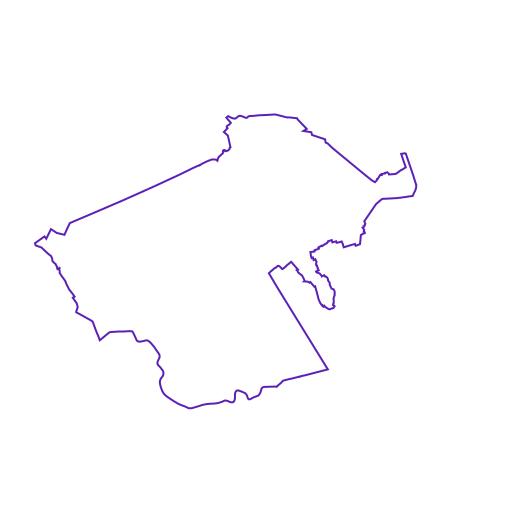 the district of Jamay, Jalisco, Mexico, rotated 57°
{"feature_id": "50627088B96170211471605", "entity_name": "Jamay", "entity_type": "district", "adm_level": 2, "iso_a3": "MEX", "parent_name": "Mexico", "parent_adm1": "Jalisco", "projection": "natural_earth1", "projection_center": [-102.668, 20.293], "detail": "fine", "context": "isolated", "style": "outline", "palette": "violet", "viewbox_px": 512, "rotation_deg": 57, "n_neighbors": 0, "source": "geoboundaries", "source_scale": "gbopen_adm2", "svg_char_len": 6091}
<svg xmlns="http://www.w3.org/2000/svg" viewBox="0 0 512 512"><g transform="rotate(57 256 256)"><path d="M284.0,83.1L283.6,82.9L275.8,80.8L273.9,80.2L251.7,74.6L250.7,75.5L250.6,75.8L250.6,76.0L249.4,78.6L259.5,81.2L263.2,82.1L263.2,86.6L262.9,87.1L263.3,93.2L263.2,93.5L263.3,94.1L260.1,100.0L259.1,99.8L257.3,100.3L256.6,102.7L257.0,103.0L255.6,106.0L256.6,106.5L255.7,107.9L256.7,109.9L257.1,110.9L257.5,111.4L257.4,112.4L257.8,112.4L258.4,114.0L258.9,116.0L255.8,117.6L246.1,120.8L206.7,133.2L200.6,134.6L198.8,135.8L195.8,134.5L185.0,143.1L182.3,142.2L177.0,148.1L177.0,144.2L164.2,146.7L163.3,146.6L162.9,146.5L160.6,149.3L159.3,150.8L157.4,153.3L156.6,154.6L148.0,162.5L147.0,164.1L142.8,171.5L139.7,176.7L137.0,182.0L135.2,185.1L134.8,186.2L135.1,188.2L134.9,188.9L134.3,189.5L133.2,190.2L131.5,191.4L129.7,193.0L129.4,193.5L129.2,194.5L129.3,196.0L129.5,197.6L129.4,198.7L129.3,198.8L128.3,200.1L127.7,200.6L126.4,201.5L123.5,203.2L123.8,205.5L130.6,204.6L130.8,205.6L131.1,206.3L131.3,207.0L131.1,208.5L131.3,209.8L132.1,210.4L133.3,210.2L134.5,215.4L139.7,214.0L150.9,218.2L150.8,218.6L150.9,219.1L151.7,219.8L152.3,221.5L152.0,223.2L151.4,224.8L150.9,224.8L150.3,224.5L149.9,224.8L149.5,225.6L149.9,226.5L150.2,226.7L151.7,227.7L151.9,228.2L151.9,229.2L152.5,231.8L152.6,233.3L153.8,235.1L155.1,236.5L154.6,236.7L153.8,236.7L152.4,238.3L151.0,240.5L150.3,243.7L149.7,247.0L149.5,249.4L149.2,251.0L149.3,253.9L149.0,253.9L147.9,261.0L146.2,275.2L142.3,302.5L136.8,337.7L134.8,349.3L127.0,394.2L129.9,399.0L133.9,405.1L128.2,410.5L121.8,413.3L127.3,422.5L126.5,422.5L124.4,422.8L124.9,434.4L127.2,435.0L132.0,431.3L139.9,429.4L142.1,428.7L144.6,427.9L146.9,428.3L149.6,429.5L152.4,428.9L153.5,428.4L155.8,428.8L156.7,428.7L157.6,429.3L158.9,429.6L159.0,426.4L159.3,428.0L159.9,428.4L160.6,428.5L162.1,429.0L163.2,429.9L167.8,429.9L169.5,429.7L173.7,429.6L174.2,429.8L174.5,430.0L177.7,430.5L179.7,430.6L182.5,431.0L184.3,430.7L188.2,430.4L191.3,430.3L191.2,432.4L198.0,432.1L201.7,433.3L205.0,437.4L205.3,437.4L210.8,434.4L213.9,432.8L219.7,429.7L221.7,428.8L223.0,428.9L230.3,430.6L234.1,431.4L236.4,431.7L241.6,432.9L240.6,424.5L240.2,420.2L241.9,417.0L245.2,411.2L246.6,409.2L250.4,402.6L251.9,400.8L253.7,400.8L259.3,401.6L261.1,401.9L262.1,402.0L263.1,401.5L263.8,401.0L264.4,400.5L264.8,399.7L265.7,397.5L266.4,395.6L266.9,394.1L267.2,393.6L267.6,393.2L268.2,392.8L268.9,392.4L269.7,392.1L271.7,391.6L274.5,391.2L277.0,390.9L283.1,390.8L285.2,390.7L286.6,390.9L287.2,391.2L287.7,391.5L288.4,392.0L289.4,393.4L290.3,395.0L290.8,395.7L291.3,396.3L291.8,396.8L292.5,397.2L293.2,397.5L294.9,397.4L296.1,397.1L297.3,396.9L300.1,396.7L301.3,396.6L302.1,396.7L303.6,397.3L304.3,397.7L305.3,398.7L305.9,399.6L306.3,400.6L306.6,401.5L307.1,402.8L307.7,403.6L308.5,404.6L309.3,405.3L311.6,406.4L314.4,407.3L317.3,408.0L318.8,408.2L321.4,408.3L322.5,408.1L324.3,407.6L326.0,407.0L332.7,404.1L336.9,402.1L338.5,401.1L340.3,399.9L343.7,397.4L346.9,395.4L347.4,394.8L348.0,393.9L348.7,392.6L350.8,385.6L351.4,383.3L352.0,381.3L353.2,378.3L355.1,374.6L356.9,371.6L358.0,369.4L358.7,367.8L359.6,364.5L359.9,363.1L360.1,361.4L360.2,361.0L360.6,360.3L361.3,359.5L362.4,358.5L364.3,357.4L365.3,356.3L365.7,355.8L366.0,355.1L366.1,354.6L366.1,354.1L365.7,353.2L365.2,352.5L364.1,351.3L360.3,348.8L359.4,347.9L358.9,347.1L358.6,346.4L358.4,345.6L358.5,345.1L358.9,344.4L359.5,343.7L361.9,341.9L364.8,340.0L365.4,339.7L366.1,339.6L366.9,339.5L368.4,339.7L369.3,339.9L370.0,340.1L371.0,340.3L371.7,340.3L372.4,339.9L372.7,339.4L372.9,338.9L373.0,338.3L373.2,335.4L373.4,334.3L373.9,331.9L374.2,331.0L374.3,330.4L374.1,329.1L373.3,327.4L372.9,326.6L370.2,323.5L369.9,322.8L369.8,322.1L369.9,321.5L370.4,320.2L375.1,312.4L375.9,311.1L376.6,310.2L377.0,309.8L376.6,308.6L376.5,307.8L376.0,303.9L375.3,301.5L375.9,299.4L376.5,297.6L377.4,295.0L378.3,292.7L379.7,288.5L381.0,285.2L380.8,285.2L382.5,280.4L382.7,280.1L390.2,257.5L338.1,256.3L316.9,255.8L295.7,255.3L277.5,254.6L277.2,252.8L277.0,252.4L276.6,248.7L276.3,247.8L276.5,246.0L276.5,245.5L276.2,243.2L276.6,242.4L277.7,241.8L281.3,241.1L281.4,240.9L281.0,236.5L280.8,236.3L280.7,235.7L280.0,229.7L290.3,228.2L290.1,229.5L290.7,229.3L291.1,229.3L292.4,229.6L293.4,229.4L294.9,229.0L297.3,228.0L300.9,228.3L303.7,228.9L303.7,229.2L305.5,226.8L307.1,225.7L307.5,225.6L307.4,224.6L313.6,223.8L313.7,222.9L314.8,223.3L319.7,224.8L326.8,227.2L330.4,227.7L333.8,227.6L334.0,227.5L333.8,227.0L335.3,227.1L335.5,226.8L335.5,226.3L335.3,225.8L336.1,225.9L336.7,225.5L339.1,224.5L340.5,223.7L340.9,223.1L341.2,221.3L341.8,219.3L341.3,218.5L341.0,217.5L340.5,217.4L339.7,217.7L339.1,218.1L338.2,217.4L337.6,216.2L336.8,215.9L336.2,215.3L334.6,214.6L334.3,214.4L333.4,213.6L331.8,211.6L331.6,211.2L330.5,210.8L330.2,210.4L329.8,210.0L329.2,209.8L328.6,209.4L326.4,209.0L324.4,210.4L320.3,209.8L319.8,209.6L319.3,209.1L318.7,208.9L318.2,208.8L315.8,208.9L314.6,208.3L313.6,208.1L312.7,208.1L311.2,208.6L311.0,209.2L309.2,209.3L309.0,211.7L308.8,211.6L308.1,211.8L305.5,212.1L304.1,212.9L303.3,213.8L302.2,214.2L301.7,214.1L302.1,211.2L300.3,211.0L299.7,211.0L299.5,210.7L298.7,210.6L298.4,210.4L297.0,210.1L296.8,210.5L295.4,210.1L294.0,208.5L291.0,208.0L290.8,209.9L288.2,209.1L288.0,210.5L285.9,209.9L282.3,208.2L284.1,204.5L283.1,203.8L283.2,203.2L283.4,203.2L283.5,202.7L283.4,201.8L284.0,200.4L284.1,199.2L282.8,199.0L283.1,195.3L283.7,195.2L283.6,191.6L283.9,189.7L283.4,188.5L283.4,187.9L282.9,187.5L283.9,183.8L286.2,184.5L287.3,180.8L288.8,181.2L289.7,179.1L290.5,176.2L293.2,176.7L296.5,177.7L298.6,170.3L299.8,166.4L301.1,166.8L301.8,166.8L302.7,162.3L295.5,156.6L295.6,155.1L296.0,152.1L293.6,151.7L293.6,151.8L292.8,151.0L292.7,151.1L291.5,151.0L290.3,151.2L290.3,149.8L290.1,149.6L289.6,149.4L289.9,148.5L289.3,147.8L288.9,147.6L288.7,147.0L288.6,146.8L285.9,146.3L277.8,126.9L277.0,120.8L276.9,119.0L277.1,118.6L280.4,112.9L284.4,105.9L284.4,105.7L284.8,104.8L285.5,103.7L286.7,101.1L287.7,99.0L288.0,98.3L288.5,97.3L289.3,95.4L291.0,91.9L289.5,89.7L287.7,86.6L285.9,84.5L284.0,83.1Z" fill="none" stroke="#5b21b6" stroke-width="2"/></g></svg>